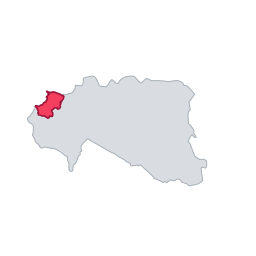 Kenedougou, Kénédougou, Burkina Faso (highlighted), rotated 31°
{"feature_id": "67063806B9375485614542", "entity_name": "Kenedougou", "entity_type": "district", "adm_level": 2, "iso_a3": "BFA", "parent_name": "Burkina Faso", "parent_adm1": "Kénédougou", "projection": "albers", "projection_center": [-4.927, 11.414], "detail": "fine", "context": "in_parent", "style": "filled", "palette": "rose", "viewbox_px": 256, "rotation_deg": 31, "n_neighbors": 0, "source": "geoboundaries", "source_scale": "gbopen_adm2", "svg_char_len": 6818}
<svg xmlns="http://www.w3.org/2000/svg" viewBox="0 0 256 256"><g transform="rotate(31 128 128)"><path d="M185.4,156.7L179.4,157.1L177.2,157.8L175.9,157.8L175.9,157.3L175.7,157.0L168.2,155.3L162.9,154.3L157.5,153.1L157.3,154.3L156.5,155.0L155.4,155.1L154.5,154.9L154.0,155.8L153.2,157.0L151.9,157.5L150.7,158.3L150.1,158.9L149.6,158.9L148.3,157.5L146.7,157.4L143.7,157.6L142.3,157.3L140.4,157.1L136.0,157.5L129.0,156.9L127.8,157.3L127.5,157.5L120.6,157.7L112.9,157.8L106.5,158.0L100.9,158.1L100.9,157.8L99.1,157.8L98.9,158.3L97.3,164.2L97.2,167.4L98.0,169.4L99.0,170.6L100.1,171.1L100.2,171.8L99.3,172.8L99.4,173.7L100.4,174.7L100.7,175.7L100.2,176.8L100.3,179.3L101.1,183.4L101.2,186.1L100.4,187.3L100.8,189.4L102.2,192.3L102.5,193.5L102.0,194.1L100.8,194.9L99.7,194.8L98.3,193.1L97.7,192.3L96.6,190.5L95.6,188.7L94.4,187.9L93.1,187.2L91.6,184.9L90.1,183.8L88.6,184.2L86.4,183.7L81.8,183.2L77.0,183.4L74.9,183.9L73.0,184.8L67.9,186.6L65.9,187.5L64.4,189.8L62.7,189.8L61.0,189.0L59.9,188.0L57.6,188.2L55.4,187.2L53.2,185.2L51.6,184.6L49.6,183.1L49.0,180.4L47.7,178.5L46.6,175.8L44.8,174.6L42.8,174.0L40.0,174.1L38.2,173.0L36.8,171.4L37.1,170.1L37.8,168.2L37.9,166.3L38.3,163.3L38.1,159.5L37.6,156.9L39.1,155.8L40.9,154.9L42.0,153.1L43.1,149.1L43.6,145.6L43.2,144.3L42.7,143.3L42.2,141.8L41.9,140.0L42.3,138.4L43.6,137.0L45.3,135.7L46.5,135.1L49.6,134.5L53.6,133.6L55.8,132.6L57.5,131.5L58.4,130.7L59.4,129.0L60.9,127.7L62.1,126.4L62.2,122.7L62.2,120.7L61.3,119.5L60.8,118.5L66.7,115.7L66.7,113.6L65.9,111.4L64.7,109.6L64.3,108.0L65.9,106.1L67.4,104.8L68.4,103.6L70.7,101.8L73.1,101.3L75.2,102.0L81.6,106.2L82.7,106.4L84.0,106.1L85.7,105.0L87.9,104.1L88.7,101.3L88.6,97.1L89.0,95.2L90.2,94.8L93.9,95.6L94.8,95.7L95.9,95.4L96.6,94.7L96.6,93.3L96.4,92.1L97.6,88.3L99.7,85.3L104.1,81.7L105.5,81.0L107.0,80.6L114.9,83.0L116.2,82.4L118.1,76.2L120.2,75.6L122.8,75.4L124.4,74.9L125.3,74.4L129.0,72.1L135.5,68.8L139.1,67.4L139.7,66.9L142.2,64.6L145.6,61.9L147.7,61.4L150.7,61.1L152.5,61.5L153.1,62.3L153.7,62.6L157.5,61.5L163.1,63.1L167.9,64.8L167.6,65.9L167.6,67.8L167.3,70.9L166.9,74.5L168.9,76.9L171.3,79.4L172.0,80.4L171.4,82.9L171.9,84.4L173.2,86.8L175.4,89.9L177.6,93.0L179.1,93.4L180.6,93.7L181.5,94.2L182.8,94.7L184.1,95.1L185.2,95.8L185.9,96.4L186.9,98.4L189.4,99.7L191.1,100.9L190.5,101.6L188.3,101.4L186.3,100.8L186.0,101.8L186.0,105.4L186.4,108.4L186.9,108.8L188.9,109.3L193.9,113.2L198.4,116.8L199.9,117.7L202.3,118.0L205.0,118.1L206.2,117.8L208.8,115.8L210.2,115.6L211.5,115.6L212.2,115.9L213.5,117.4L214.8,119.7L215.2,121.4L215.1,122.3L214.7,122.6L212.5,123.1L211.6,123.5L211.4,124.0L211.7,125.1L212.2,125.9L214.6,129.1L218.2,133.5L219.2,134.7L218.7,136.0L217.0,139.6L215.7,141.1L210.1,146.2L207.2,145.6L201.3,146.8L200.4,145.7L199.0,145.5L197.3,145.8L196.7,146.2L196.5,146.7L195.9,147.4L194.8,149.4L194.0,149.9L193.0,150.3L191.7,150.3L190.9,150.5L190.9,151.5L190.7,152.4L189.8,152.8L189.5,153.8L189.6,154.7L189.1,155.1L187.9,154.9L187.3,154.7L186.7,155.9L185.9,156.7L185.4,156.7Z" fill="#d9dde1" stroke="#a8b0b8" stroke-width="1"/><path d="M55.4,133.5L55.2,134.2L55.1,134.4L54.8,134.4L54.7,134.3L54.4,134.2L53.8,134.2L53.3,134.1L52.9,134.2L52.7,134.1L52.4,134.1L52.2,134.0L51.9,134.2L51.6,134.3L51.4,134.3L51.2,134.3L51.1,134.2L50.7,134.4L50.0,134.3L49.8,134.5L49.6,134.5L49.4,134.6L49.2,134.7L49.0,134.8L48.8,134.7L48.6,134.7L48.4,134.8L48.1,134.7L47.8,134.8L47.5,134.9L47.2,134.9L46.9,134.9L46.9,135.0L46.3,135.2L46.0,135.3L45.7,135.6L45.3,135.6L45.3,135.9L45.2,136.0L45.0,135.9L44.8,136.0L44.7,136.1L44.6,136.5L44.4,136.8L44.0,136.8L43.9,137.0L43.7,137.2L43.5,137.4L43.3,137.4L43.1,137.6L43.0,137.8L43.0,138.0L42.8,138.1L42.7,138.2L42.4,138.1L42.3,137.8L42.1,137.8L41.9,138.0L41.5,138.1L41.4,138.0L41.2,138.2L40.7,138.5L40.4,138.3L40.3,138.2L40.1,138.2L39.9,138.1L39.7,138.2L39.5,138.3L39.4,138.4L39.5,138.5L39.8,138.7L40.0,138.7L40.1,138.8L40.3,138.8L40.4,139.0L40.5,139.0L40.8,138.9L40.9,139.0L41.1,139.0L41.4,139.2L41.6,139.2L41.7,139.4L41.8,139.4L42.0,139.4L42.1,139.6L42.0,139.8L42.3,140.0L42.6,139.9L42.8,139.9L42.7,140.1L42.8,140.3L42.6,140.7L42.7,140.9L42.5,141.2L42.6,141.6L42.6,141.8L42.5,142.0L42.2,142.6L42.0,143.2L42.0,143.3L42.1,143.5L42.3,143.7L42.5,143.7L43.2,143.6L43.3,143.7L43.5,143.9L43.6,144.0L43.8,144.5L43.8,144.8L43.9,145.0L44.2,145.3L44.2,145.5L43.9,145.9L44.0,146.5L43.9,146.9L44.0,147.1L44.2,147.4L44.2,147.6L44.3,147.7L44.3,147.9L44.1,148.1L44.0,148.4L43.9,148.6L43.5,148.9L43.2,149.0L42.9,149.2L42.8,149.5L42.7,149.7L42.7,150.0L42.8,151.5L42.7,152.1L42.6,152.4L42.3,152.7L41.6,153.1L41.3,153.3L41.2,153.7L41.2,153.8L41.1,154.3L41.0,154.7L40.8,154.9L40.5,155.1L39.8,155.6L39.4,155.7L38.3,156.0L38.1,156.0L37.5,156.2L37.4,156.4L37.5,157.4L38.6,157.4L38.8,157.4L39.3,157.5L39.9,157.9L39.7,157.9L39.8,158.1L40.3,158.5L40.9,158.9L41.2,159.0L41.6,159.2L41.9,159.3L42.6,159.8L42.7,160.0L42.8,160.2L42.8,160.5L42.8,160.8L42.9,161.4L43.1,161.3L43.3,161.2L43.5,161.1L43.8,161.3L43.9,161.9L43.9,162.0L44.0,162.2L44.0,162.4L44.3,162.7L44.4,162.9L44.6,162.9L45.1,162.6L45.4,162.5L45.6,162.4L45.8,162.3L46.0,162.2L46.4,162.1L46.6,162.0L46.9,162.0L47.0,162.0L47.3,162.1L47.5,162.1L48.0,161.9L48.6,161.8L48.8,161.8L49.0,161.7L49.1,161.4L49.3,161.1L49.4,160.8L49.5,160.7L49.8,160.5L50.0,160.5L50.4,160.7L50.5,160.8L51.1,160.8L51.6,160.8L51.8,160.7L51.9,160.9L52.0,160.9L52.8,160.7L53.1,160.8L53.3,160.8L53.9,160.8L54.2,160.9L54.3,160.9L54.4,160.6L54.4,160.3L54.6,160.3L54.8,160.2L55.0,159.9L55.0,159.6L54.9,159.4L54.8,158.9L54.6,158.7L54.6,158.3L54.9,158.1L55.0,158.0L55.2,157.9L55.3,157.9L55.7,157.8L55.9,157.7L56.0,157.7L56.3,157.3L56.3,157.2L56.7,157.3L56.8,157.3L56.8,157.2L57.1,157.0L57.0,156.8L57.0,156.7L57.1,156.2L56.9,155.8L56.8,155.3L56.7,155.2L56.5,154.9L56.2,154.7L55.9,154.4L55.8,154.2L55.8,153.9L55.7,153.8L55.5,153.7L55.4,153.7L55.2,153.7L54.9,153.6L54.6,153.3L54.5,153.2L54.4,153.1L54.2,153.2L53.8,152.9L53.8,152.6L53.5,152.5L53.5,152.4L53.4,152.3L53.4,152.1L53.4,151.9L53.5,151.9L53.8,151.5L54.2,150.5L54.3,150.3L54.2,149.9L54.2,149.5L54.3,149.4L54.4,149.2L54.5,149.1L54.7,148.9L54.8,148.9L54.8,148.7L55.0,148.5L55.0,148.4L55.2,148.2L55.3,148.1L55.5,148.0L55.8,147.9L56.0,147.7L56.5,147.5L56.6,147.4L56.8,147.2L57.0,147.4L57.3,147.6L57.4,147.9L57.4,148.0L57.6,148.0L57.8,148.1L58.0,147.9L58.4,147.7L58.5,147.2L59.0,147.0L59.1,146.7L59.2,146.4L59.2,146.2L59.2,145.8L59.2,145.6L59.3,145.0L59.3,144.8L59.3,144.7L59.1,144.5L58.5,144.2L58.4,144.1L58.1,143.9L58.0,143.6L58.0,142.7L58.1,142.0L58.1,141.9L58.0,141.7L57.8,141.6L57.5,141.5L57.3,141.5L57.1,141.5L56.7,141.3L56.6,141.2L56.6,140.5L56.7,140.3L56.7,140.2L57.0,140.3L57.3,140.3L57.5,140.0L57.6,139.8L57.4,139.0L57.3,138.4L57.3,138.1L57.4,137.8L57.5,137.2L57.6,136.9L57.6,136.7L57.3,135.3L57.1,134.7L57.1,134.4L57.0,134.2L56.3,133.8L55.9,133.6L55.7,133.5L55.4,133.5Z" fill="#f43f5e" stroke="#9f1239" stroke-width="1.5"/></g></svg>